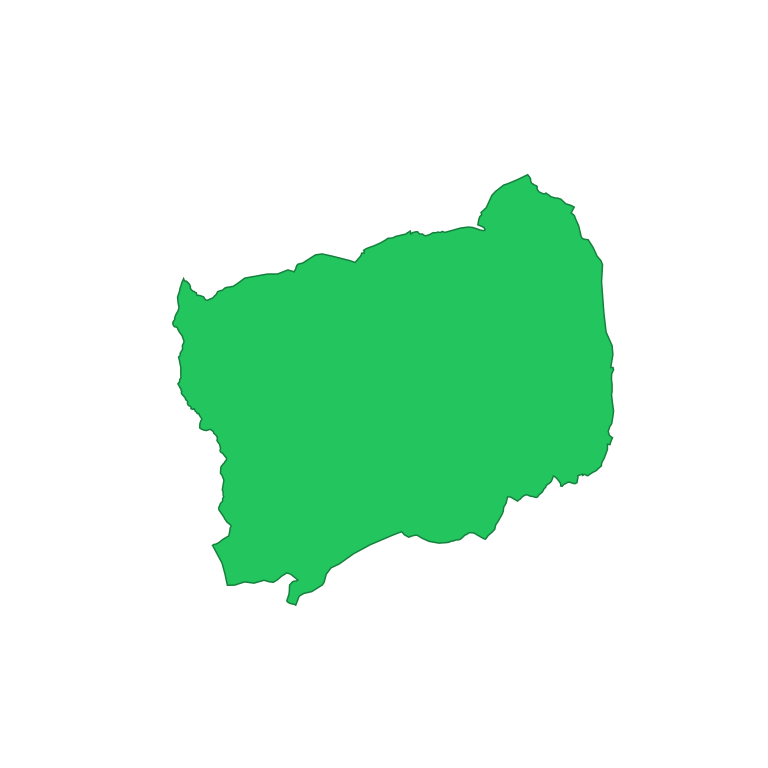 outline of Vama, Suceava, Romania, rotated 36°
{"feature_id": "2599482B26508279018163", "entity_name": "Vama", "entity_type": "district", "adm_level": 2, "iso_a3": "ROU", "parent_name": "Romania", "parent_adm1": "Suceava", "projection": "albers", "projection_center": [25.697, 47.569], "detail": "fine", "context": "isolated", "style": "filled", "palette": "green", "viewbox_px": 768, "rotation_deg": 36, "n_neighbors": 0, "source": "geoboundaries", "source_scale": "gbopen_adm2", "svg_char_len": 6170}
<svg xmlns="http://www.w3.org/2000/svg" viewBox="0 0 768 768"><g transform="rotate(36 384 384)"><path d="M442.6,614.8L440.1,605.5L442.2,600.6L447.6,594.4L452.3,582.6L452.0,579.3L449.1,572.0L449.2,563.9L453.5,556.0L459.1,539.3L467.4,522.0L479.6,501.6L485.1,493.1L489.1,494.0L494.0,493.4L496.7,489.5L499.4,486.9L505.5,486.4L513.0,484.8L521.9,480.5L528.1,475.3L529.5,473.9L530.7,471.8L532.3,470.3L533.9,468.0L534.5,467.3L535.6,466.6L536.7,465.3L537.0,464.7L537.6,462.4L538.3,458.6L539.4,457.0L540.0,455.0L540.9,453.7L544.4,451.7L553.3,450.8L556.4,450.3L557.3,449.9L557.4,447.6L557.3,445.5L558.5,440.5L559.0,436.4L557.9,434.1L557.2,432.2L557.0,427.4L556.1,420.0L555.4,417.1L553.3,413.4L552.8,408.7L551.9,406.4L550.3,402.8L551.9,401.5L553.3,401.0L560.9,400.2L561.2,398.5L562.0,396.7L562.0,395.5L562.2,394.1L563.0,391.9L564.0,390.2L565.0,389.5L568.2,388.8L570.9,387.4L572.7,386.9L574.0,386.2L574.4,385.6L574.6,384.7L574.5,382.8L575.6,378.4L575.3,375.9L575.1,375.2L575.5,372.7L575.4,372.1L574.9,370.9L575.1,369.8L576.2,367.0L576.6,364.6L576.5,364.0L575.8,361.1L575.4,360.0L575.1,359.0L577.0,358.5L579.7,358.9L584.1,360.2L585.6,361.0L586.2,361.6L586.9,362.7L588.4,361.9L588.3,360.8L588.5,359.8L590.6,355.3L591.9,354.4L596.4,352.8L597.1,352.4L598.1,350.4L595.7,345.4L594.7,344.2L594.9,344.0L597.6,340.2L598.0,340.1L598.3,340.4L598.5,341.1L598.7,340.8L598.8,340.1L599.4,339.3L599.9,339.0L601.6,338.9L602.3,338.6L603.1,338.0L603.2,336.9L604.9,332.7L606.7,329.1L606.9,327.2L608.0,322.5L606.8,320.5L606.3,318.8L605.8,314.7L603.3,305.7L600.2,301.4L602.5,300.2L601.6,298.1L600.4,293.1L598.7,293.3L596.4,293.0L593.2,290.5L592.6,288.7L592.5,287.8L591.8,286.4L591.5,282.2L588.9,277.0L585.7,271.0L580.2,265.3L574.2,258.7L573.0,256.1L568.4,249.8L566.6,248.1L564.7,245.7L562.1,241.7L562.0,240.4L561.5,238.7L561.4,237.5L559.6,236.0L557.8,237.5L551.9,225.7L546.0,218.9L533.2,211.5L520.4,197.6L499.9,173.4L490.7,159.1L487.2,156.8L480.9,155.2L478.6,153.8L472.6,150.5L464.4,147.3L460.6,149.3L458.6,149.7L456.7,148.7L448.5,141.6L442.2,138.0L438.9,135.8L434.9,135.6L433.9,129.1L430.3,129.6L428.5,130.2L427.9,130.5L426.9,130.7L425.3,131.4L418.5,130.5L415.3,131.5L413.6,132.7L409.3,134.3L403.2,134.3L402.7,134.4L402.3,135.7L401.6,136.3L400.4,136.7L396.0,137.5L395.4,137.1L393.3,136.3L392.7,135.6L392.2,134.6L391.5,134.1L390.9,134.0L389.8,134.4L385.5,134.8L383.3,133.6L382.2,132.1L380.6,131.2L377.2,130.2L371.3,141.2L366.4,149.2L363.9,152.7L361.0,162.8L360.4,168.0L363.1,181.2L361.7,188.2L363.2,189.4L363.6,190.2L363.1,192.0L363.8,194.7L366.3,200.0L367.3,199.9L370.4,199.0L373.0,198.8L374.9,199.5L375.2,200.3L374.0,201.7L371.5,202.8L367.9,203.9L363.6,205.3L359.8,207.6L354.2,212.9L344.3,225.4L343.5,225.8L341.5,226.3L341.1,226.8L340.9,227.9L340.7,228.2L338.2,229.5L336.9,231.3L335.0,232.5L334.4,233.4L332.8,236.8L330.7,239.4L329.8,240.0L326.6,240.2L324.8,241.7L324.2,241.7L321.8,241.1L320.4,242.0L318.2,244.7L317.7,246.9L317.3,246.7L315.9,245.2L315.3,244.8L314.9,246.1L313.8,248.6L313.8,249.5L306.5,258.0L305.3,260.6L301.4,264.0L300.6,266.6L298.5,271.4L297.2,273.7L294.6,278.2L291.1,283.3L289.6,286.0L289.0,287.8L290.0,288.0L290.1,288.6L291.0,289.6L290.0,290.3L289.0,291.4L289.5,292.2L289.9,294.2L289.2,302.7L284.6,304.0L267.2,310.9L257.4,315.2L252.6,319.9L247.3,333.5L246.4,334.9L245.3,336.0L243.9,337.8L243.8,339.5L244.3,341.3L244.9,342.6L245.3,346.1L239.2,348.2L233.2,357.6L224.9,363.7L209.1,380.2L206.5,388.6L204.5,393.9L203.6,394.5L202.4,396.0L200.1,398.1L198.8,400.0L198.3,402.9L196.6,404.9L195.2,406.9L195.3,408.4L195.7,409.7L195.2,412.0L195.0,414.8L191.6,420.4L189.7,420.8L187.1,419.6L184.3,420.2L181.9,421.2L180.6,422.2L178.4,420.5L177.5,420.9L176.1,420.7L175.3,421.2L173.2,421.0L170.9,420.4L170.3,419.1L168.6,418.0L167.3,417.5L165.7,417.2L165.4,417.4L164.4,417.0L163.5,417.0L162.5,417.7L161.9,417.7L161.2,417.4L160.0,416.6L160.3,418.1L160.5,419.5L162.9,426.8L164.0,429.0L165.9,435.1L169.4,439.0L173.3,442.8L174.3,445.6L174.8,449.9L175.4,452.2L175.9,453.7L176.7,454.6L176.9,458.0L177.4,458.9L178.6,460.1L180.5,460.8L181.3,460.7L182.4,459.9L183.4,459.9L184.4,460.4L185.4,461.1L188.6,462.5L191.0,463.2L193.4,464.2L194.0,465.0L196.5,466.4L197.7,468.0L198.0,470.3L198.4,471.6L200.6,474.3L201.0,479.0L202.0,480.0L202.3,481.1L201.9,482.9L204.7,485.2L207.8,488.2L209.8,489.9L212.1,493.2L216.1,498.4L216.2,499.1L216.0,499.8L216.2,500.6L217.5,502.7L217.1,503.6L217.2,505.0L219.9,506.2L220.7,506.8L221.3,507.0L222.1,507.0L222.9,507.6L223.5,508.4L224.0,508.7L224.8,508.8L225.2,510.2L225.9,510.8L227.4,511.3L229.4,511.6L231.9,512.4L232.7,513.3L234.1,513.2L234.9,513.4L235.5,513.8L235.9,514.4L236.1,515.0L237.8,516.1L238.6,516.3L240.2,515.9L240.9,515.9L241.6,516.4L242.2,517.4L243.7,517.2L244.2,516.9L244.4,516.7L244.4,515.9L244.6,515.6L245.0,515.5L247.5,517.0L248.9,516.9L250.0,517.6L250.9,517.5L251.5,516.8L252.0,516.9L253.0,517.8L257.1,519.3L257.4,520.1L257.4,521.4L258.5,524.5L260.7,527.8L261.3,527.9L263.4,527.7L265.3,527.2L266.9,526.5L267.8,525.8L269.7,523.3L270.3,522.7L273.8,522.8L274.5,523.2L275.2,523.9L277.7,524.1L279.7,524.7L280.8,525.6L281.6,526.6L281.8,527.5L282.2,528.0L284.8,529.0L286.5,529.4L287.1,529.8L287.7,530.6L288.4,530.9L288.6,531.4L289.5,532.1L289.8,532.7L290.3,533.9L291.0,534.7L291.7,535.0L293.0,535.1L293.7,534.8L294.7,535.0L295.6,535.4L296.8,535.6L297.7,536.0L299.8,536.3L300.9,537.5L301.1,538.3L301.1,539.1L300.9,539.8L301.2,541.8L300.8,543.5L300.9,545.3L300.7,545.8L300.9,547.1L303.9,552.0L304.5,552.5L306.5,553.0L311.0,555.9L315.5,564.9L316.0,565.0L316.9,565.5L319.3,568.5L320.5,569.3L320.9,571.7L322.2,573.5L322.2,574.6L321.9,576.2L322.0,577.4L322.5,578.6L322.8,580.6L323.2,581.4L324.3,582.7L325.1,583.1L331.7,585.4L334.9,586.9L338.5,588.1L342.6,588.2L343.3,588.4L343.9,589.1L344.1,590.7L344.3,591.2L345.3,592.8L347.7,598.1L345.0,604.4L343.7,609.2L342.2,612.2L340.5,614.1L340.2,615.4L340.3,615.4L358.1,624.0L366.7,630.9L375.6,638.9L381.4,634.5L387.5,626.1L395.9,621.5L402.3,613.3L407.3,611.5L411.0,609.5L412.9,605.0L414.0,600.0L416.4,594.0L420.1,592.7L429.5,593.2L428.8,595.0L427.0,596.5L426.2,598.1L425.8,602.2L428.9,606.8L430.7,609.9L432.8,616.5L433.9,617.0L436.2,616.9L438.4,616.2L440.9,615.0L442.6,614.8Z" fill="#22c55e" stroke="#15803d" stroke-width="1.5"/></g></svg>